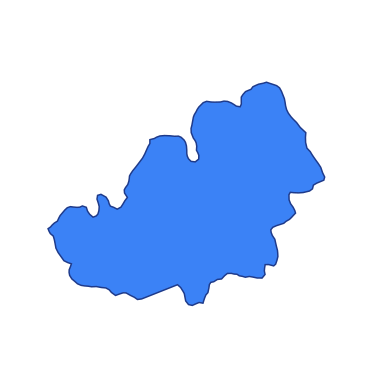 the district of Jardinópolis, São Paulo, Brazil, rotated 116°
{"feature_id": "56859067B66949220623796", "entity_name": "Jardinópolis", "entity_type": "district", "adm_level": 2, "iso_a3": "BRA", "parent_name": "Brazil", "parent_adm1": "São Paulo", "projection": "natural_earth1", "projection_center": [-47.828, -21.002], "detail": "fine", "context": "isolated", "style": "filled", "palette": "blue", "viewbox_px": 384, "rotation_deg": 116, "n_neighbors": 0, "source": "geoboundaries", "source_scale": "gbopen_adm2", "svg_char_len": 3083}
<svg xmlns="http://www.w3.org/2000/svg" viewBox="0 0 384 384"><g transform="rotate(116 192 192)"><path d="M238.6,91.3L234.1,90.2L231.2,92.4L228.3,93.5L225.2,94.4L223.6,91.3L222.6,86.2L220.2,85.2L216.2,85.7L212.4,86.5L209.3,88.2L207.0,89.6L204.2,92.0L201.0,94.6L198.2,96.8L195.9,100.7L193.7,103.1L191.4,104.6L188.3,103.9L185.2,101.3L182.6,98.6L179.9,95.8L177.1,94.6L173.9,92.4L171.2,91.4L168.8,90.7L165.6,89.7L163.6,91.5L161.4,94.4L159.3,98.3L156.5,101.3L151.9,103.7L149.2,103.5L148.0,100.2L146.1,95.9L143.8,91.9L139.6,86.8L136.4,85.1L132.6,85.9L129.4,83.8L123.6,78.7L120.4,79.3L117.5,83.0L113.4,87.1L111.0,91.1L109.1,94.7L107.1,98.3L105.5,101.0L103.9,103.4L102.2,107.9L97.7,111.6L93.1,114.0L88.8,115.7L86.5,123.1L83.7,128.5L82.3,132.7L81.0,136.0L78.9,140.0L76.6,143.0L73.6,145.6L70.4,147.8L67.6,149.9L62.3,155.7L60.0,159.0L59.3,162.5L59.7,165.8L60.3,170.0L60.7,173.2L62.9,175.5L65.9,179.4L68.1,181.3L70.7,183.4L73.9,184.0L76.3,186.2L78.3,187.9L81.9,188.9L85.1,189.3L88.4,187.7L91.4,186.2L94.3,186.1L95.4,189.8L95.0,192.5L94.7,195.6L95.0,199.7L96.3,203.1L98.7,206.0L101.4,211.2L102.8,214.4L104.1,218.6L106.8,221.1L109.4,222.0L112.6,223.1L115.5,223.5L117.9,223.5L121.5,223.8L124.0,223.6L128.0,222.5L131.9,221.4L135.3,220.7L139.0,218.7L142.9,214.5L144.4,211.8L146.0,209.8L148.8,207.8L152.5,206.3L154.1,204.1L156.1,201.9L159.5,200.4L163.5,202.3L164.9,206.3L163.7,209.7L161.8,212.0L159.8,213.5L156.6,215.1L153.0,217.2L150.3,219.6L148.8,221.8L147.6,225.7L147.7,228.6L149.5,232.0L151.2,236.6L153.3,241.4L155.7,245.4L158.3,247.9L160.4,249.3L163.4,252.8L166.9,251.1L170.3,251.4L173.7,251.3L178.6,251.1L183.2,251.3L187.3,252.1L190.9,252.8L194.3,253.5L198.9,254.6L202.6,255.1L205.0,255.2L207.4,254.3L209.9,253.5L213.5,253.0L217.2,253.7L219.8,253.8L222.5,252.2L225.2,247.7L229.3,248.5L233.2,248.8L236.7,249.2L240.2,251.7L240.1,255.7L240.5,259.1L239.0,261.2L236.6,263.3L234.3,267.0L234.0,272.8L236.4,275.4L240.0,274.3L243.2,271.2L245.8,269.0L249.6,267.5L253.1,266.9L255.5,267.6L258.0,269.9L256.9,274.2L255.0,277.5L252.1,280.3L252.6,284.4L254.9,286.3L256.2,288.6L257.5,292.0L258.5,294.9L260.8,297.2L263.9,298.4L266.3,299.0L268.7,299.6L271.0,300.2L273.9,300.3L277.2,300.2L280.2,302.1L283.0,303.2L285.4,303.8L288.1,305.3L290.0,303.2L291.5,301.1L292.4,297.4L295.0,295.0L298.4,292.4L302.1,289.7L305.1,285.8L307.6,281.2L309.9,277.0L309.9,272.7L309.4,268.9L312.7,268.5L315.7,268.3L318.2,267.2L320.6,265.4L322.8,261.9L323.7,258.2L324.7,254.7L324.5,250.7L323.5,247.4L322.2,244.1L321.2,240.7L318.9,236.5L317.6,231.7L316.0,227.4L316.2,223.5L317.6,220.4L318.5,215.4L315.6,212.6L312.8,209.7L311.6,207.0L311.9,202.1L311.9,197.6L312.5,193.9L310.2,190.4L281.7,164.4L282.8,160.4L285.2,156.5L286.7,154.4L289.5,152.3L292.7,149.9L294.7,145.8L293.8,142.0L290.9,139.6L288.2,137.2L287.1,133.4L284.6,133.8L281.7,134.2L278.4,134.4L275.5,133.6L271.0,134.7L267.6,135.8L265.0,135.5L263.1,133.1L259.5,130.9L257.2,127.3L252.9,126.0L249.7,124.5L247.9,121.0L247.3,118.2L246.2,115.5L246.6,112.8L245.7,109.7L245.2,106.7L242.8,103.5L241.8,100.1L240.7,95.7L238.6,91.3Z" fill="#3b82f6" stroke="#1e3a8a" stroke-width="1.5"/></g></svg>